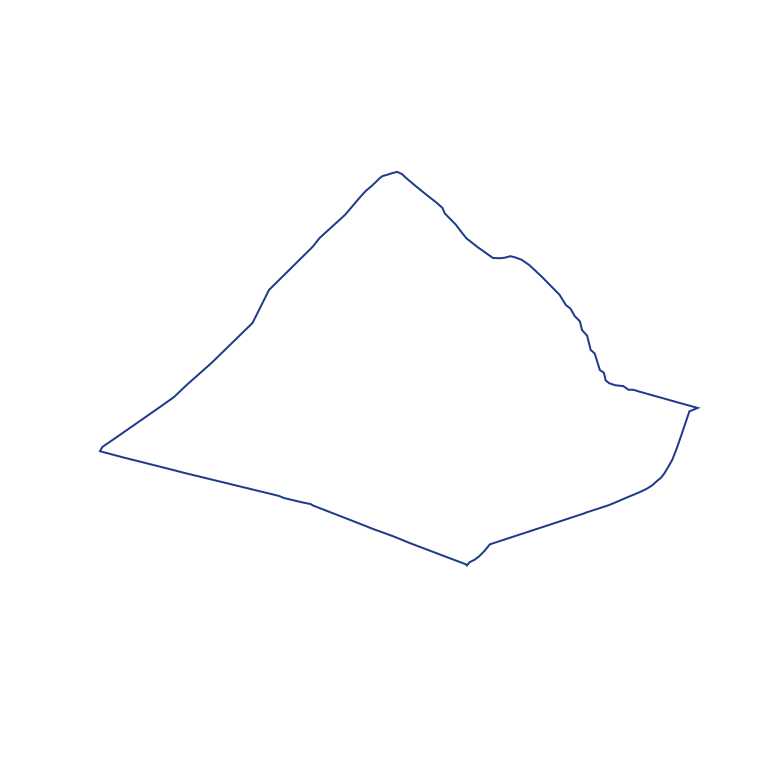 Al Leri, South Kordufan, Sudan, rotated 342°
{"feature_id": "16777658B28886602001992", "entity_name": "Al Leri", "entity_type": "district", "adm_level": 2, "iso_a3": "SDN", "parent_name": "Sudan", "parent_adm1": "South Kordufan", "projection": "mercator", "projection_center": [30.87, 10.168], "detail": "fine", "context": "isolated", "style": "outline", "palette": "blue", "viewbox_px": 768, "rotation_deg": 342, "n_neighbors": 0, "source": "geoboundaries", "source_scale": "gbopen_adm2", "svg_char_len": 1697}
<svg xmlns="http://www.w3.org/2000/svg" viewBox="0 0 768 768"><g transform="rotate(342 384 384)"><path d="M674.9,503.7L659.2,493.3L624.1,469.9L619.5,466.6L614.7,465.0L610.9,459.9L603.8,456.8L598.4,452.9L595.9,449.0L596.6,441.3L593.6,437.4L593.8,420.1L591.1,415.5L592.1,400.8L589.0,393.8L589.7,384.9L586.4,378.5L584.6,369.9L581.3,365.0L580.0,359.4L578.5,353.4L567.6,331.5L558.9,315.7L553.1,308.2L547.7,304.0L543.7,301.5L537.8,301.2L533.0,300.2L526.6,297.8L523.1,293.2L515.3,282.7L507.5,271.1L504.7,263.7L504.2,262.3L501.4,254.3L494.5,240.5L494.0,234.6L489.9,227.6L483.8,218.6L475.4,205.7L468.6,194.8L466.0,189.9L462.0,186.3L456.9,186.0L452.1,186.0L446.7,185.8L442.7,187.3L438.6,189.4L433.8,191.7L426.2,194.8L422.3,197.0L421.7,197.3L418.4,199.3L415.2,201.2L409.6,204.7L399.5,210.9L392.6,214.1L385.2,217.4L367.9,225.2L358.6,231.4L303.7,259.0L292.7,270.2L281.4,281.7L277.8,285.3L226.6,310.6L214.0,316.1L210.4,317.7L201.4,321.6L196.6,323.7L180.0,331.6L161.7,337.3L151.0,340.5L138.8,344.2L134.0,345.7L120.0,349.9L103.7,354.8L102.2,355.2L97.0,356.8L96.7,356.8L95.4,358.1L94.2,359.2L93.1,360.2L114.0,373.7L134.6,386.6L138.4,389.0L154.8,399.3L165.6,406.2L165.9,406.4L249.4,457.9L253.9,461.7L269.1,471.0L277.1,475.5L279.0,477.7L304.6,498.6L329.9,519.4L346.1,532.0L359.9,543.7L360.2,543.9L387.2,565.6L391.7,569.2L395.2,572.0L406.2,580.8L406.7,582.2L410.4,579.9L415.6,579.2L421.4,577.2L428.2,573.7L432.2,571.1L435.1,569.2L535.5,568.9L536.2,568.7L560.4,568.7L569.3,568.0L577.3,567.2L586.0,566.5L594.4,565.8L601.2,564.9L607.3,563.4L614.4,560.3L618.6,558.7L622.8,555.8L629.6,549.9L634.8,545.1L642.3,536.0L650.7,524.9L658.0,515.1L666.0,504.4L674.9,503.7Z" fill="none" stroke="#1e3a8a" stroke-width="2"/></g></svg>